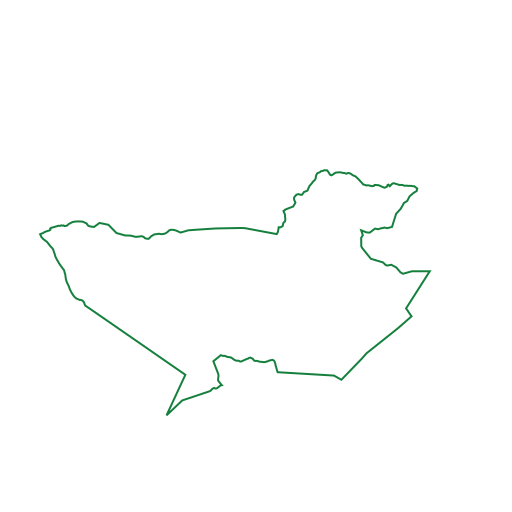 the district of Santiago Atitlán, Oaxaca, Mexico, rotated 142°
{"feature_id": "50627088B29735137627697", "entity_name": "Santiago Atitlán", "entity_type": "district", "adm_level": 2, "iso_a3": "MEX", "parent_name": "Mexico", "parent_adm1": "Oaxaca", "projection": "robinson", "projection_center": [-95.925, 17.09], "detail": "fine", "context": "isolated", "style": "outline", "palette": "green", "viewbox_px": 512, "rotation_deg": 142, "n_neighbors": 0, "source": "geoboundaries", "source_scale": "gbopen_adm2", "svg_char_len": 4184}
<svg xmlns="http://www.w3.org/2000/svg" viewBox="0 0 512 512"><g transform="rotate(142 256 256)"><path d="M175.7,276.0L176.9,276.3L178.7,276.9L180.3,276.4L182.2,276.0L183.2,276.8L184.4,278.6L186.3,279.4L189.6,278.8L190.8,277.8L191.3,276.7L191.8,275.1L192.0,273.9L193.1,273.3L196.3,272.1L197.2,272.5L198.6,272.8L199.6,273.2L201.1,273.6L202.1,273.9L204.6,274.6L205.5,274.3L206.5,274.6L207.1,273.3L207.2,272.2L208.0,270.2L209.0,269.0L210.1,267.0L211.9,265.4L213.7,265.3L214.3,265.1L216.5,263.2L218.2,263.4L219.5,263.7L220.4,264.7L222.1,263.1L223.9,261.5L225.5,260.8L226.2,260.5L247.6,284.8L249.6,286.5L249.9,286.8L270.5,302.3L287.8,314.1L293.5,317.9L301.0,320.9L303.4,325.4L304.9,327.4L306.8,329.0L308.4,329.6L311.2,329.4L313.5,329.6L315.4,330.3L317.3,331.6L318.8,333.3L320.8,334.4L322.1,335.2L323.5,335.8L324.8,335.8L325.5,336.0L326.5,336.1L327.8,335.9L328.8,335.7L330.1,335.7L331.0,336.5L331.7,337.2L332.5,338.3L332.7,339.8L333.1,340.8L333.8,341.9L338.9,345.0L342.3,349.3L346.5,352.8L351.8,360.0L353.1,371.5L359.0,378.4L365.7,378.6L366.9,379.8L368.1,380.9L368.7,381.8L369.3,382.6L369.6,383.8L369.6,384.8L369.4,385.8L371.4,389.8L374.9,392.8L377.5,394.6L380.0,395.8L383.8,396.5L385.0,396.4L386.2,396.3L387.1,396.7L388.5,397.5L388.8,398.5L389.5,398.8L390.5,400.0L391.9,400.4L393.1,401.5L396.2,402.7L397.2,403.1L398.6,403.7L400.2,404.3L401.2,404.4L401.7,403.4L402.4,403.2L403.5,403.5L404.5,403.9L406.7,404.7L407.8,405.0L409.8,405.2L411.5,405.8L412.7,406.1L413.4,403.2L413.2,400.3L412.7,398.4L412.0,395.6L412.0,392.9L412.0,390.0L411.7,387.6L411.8,386.1L412.7,383.7L413.5,381.3L414.5,378.9L414.8,377.2L415.2,375.4L415.3,373.5L415.7,371.8L415.8,369.4L415.9,367.6L416.0,365.8L416.0,363.0L417.1,360.5L417.7,358.8L418.7,357.2L420.2,354.5L420.8,353.0L421.3,351.4L422.0,347.9L423.1,344.6L423.7,341.9L424.0,339.9L424.2,337.4L424.2,335.7L423.8,333.2L422.9,331.7L422.0,329.9L421.0,329.2L420.1,327.5L420.1,325.4L421.1,322.2L413.6,298.3L384.8,205.9L417.2,189.3L424.6,185.5L403.0,187.6L375.6,177.9L374.1,177.8L373.3,178.1L372.0,178.2L370.2,177.8L369.8,176.8L369.0,176.1L367.9,175.8L365.8,175.8L363.3,175.8L362.5,175.3L362.6,179.4L362.5,181.2L361.5,182.6L360.2,183.7L359.0,185.1L358.3,186.5L354.4,199.3L344.8,199.5L343.8,197.9L342.1,196.5L341.4,195.5L340.8,194.2L340.1,193.5L339.1,192.4L338.2,191.5L337.7,190.0L337.4,188.7L336.9,187.3L336.3,186.1L335.6,185.3L334.9,184.8L334.1,184.1L333.6,182.8L332.9,182.1L330.7,181.5L329.8,181.3L326.9,180.6L326.2,180.4L325.0,179.9L324.2,180.0L322.9,179.3L322.6,178.6L322.2,177.8L321.8,176.8L321.9,175.1L321.6,174.3L320.9,173.5L320.2,173.1L319.4,172.3L319.1,171.8L318.4,170.7L317.8,170.1L317.0,169.3L316.5,168.9L315.6,167.9L314.0,166.7L312.8,166.4L311.7,165.8L310.4,165.6L308.6,164.8L307.1,164.1L306.4,163.1L306.3,161.6L307.1,159.2L308.1,157.4L308.6,155.9L309.1,154.7L309.5,153.8L310.5,151.1L268.2,113.8L264.9,105.9L235.6,110.0L228.8,111.3L188.3,111.7L170.6,112.7L170.0,122.3L128.5,137.0L142.6,148.0L151.1,151.5L152.2,154.1L152.5,160.6L154.8,165.8L158.2,167.5L159.3,168.8L159.9,172.8L167.2,183.1L167.4,196.9L167.1,198.8L161.9,205.6L159.0,206.6L157.3,211.5L154.4,206.6L152.0,204.4L145.3,204.3L143.3,201.9L140.8,201.0L137.0,199.1L135.6,197.2L130.9,195.2L119.6,203.0L113.0,204.1L108.5,205.9L107.0,206.7L102.9,206.3L98.1,208.5L92.9,208.7L89.4,208.3L87.4,209.9L88.3,213.5L89.3,214.3L90.3,215.5L91.4,216.4L93.0,217.7L94.2,218.9L95.7,219.9L96.9,221.8L98.7,223.3L99.4,223.9L102.3,228.1L103.0,228.8L104.7,229.1L107.5,228.6L107.5,229.7L107.7,230.7L108.8,230.9L109.5,230.1L110.7,230.1L112.7,230.7L113.4,231.8L114.4,233.6L115.7,236.2L118.8,239.0L119.8,238.7L121.1,239.2L122.5,240.7L123.9,242.5L125.2,243.5L125.7,243.7L126.6,245.3L127.5,246.4L127.5,248.0L127.7,250.2L128.0,253.9L128.6,257.5L129.2,258.6L130.0,260.0L130.6,262.1L131.3,263.6L132.1,264.6L134.1,265.2L135.1,266.8L136.4,268.0L137.5,269.5L139.0,270.8L141.8,272.6L143.9,272.9L144.6,272.8L145.9,273.0L146.8,273.1L147.5,274.1L147.5,275.7L147.2,277.8L147.3,279.9L148.3,280.5L149.3,281.5L150.9,281.9L152.5,282.8L154.2,282.7L156.6,283.5L158.4,282.8L159.5,282.1L161.2,280.4L162.8,279.7L165.5,279.5L166.9,279.0L168.9,278.6L170.6,278.3L172.6,277.3L175.1,275.9L175.7,276.0Z" fill="none" stroke="#15803d" stroke-width="2"/></g></svg>